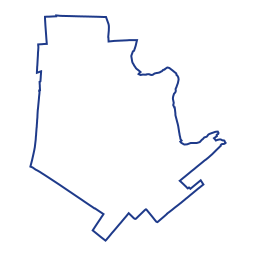 the district of Cernica, Ilfov, Romania
{"feature_id": "2599482B74723640056211", "entity_name": "Cernica", "entity_type": "district", "adm_level": 2, "iso_a3": "ROU", "parent_name": "Romania", "parent_adm1": "Ilfov", "projection": "orthographic", "projection_center": [26.299, 44.376], "detail": "fine", "context": "isolated", "style": "outline", "palette": "blue", "viewbox_px": 256, "rotation_deg": 0, "n_neighbors": 0, "source": "geoboundaries", "source_scale": "gbopen_adm2", "svg_char_len": 5460}
<svg xmlns="http://www.w3.org/2000/svg" viewBox="0 0 256 256"><path d="M225.1,143.3L225.3,143.2L225.6,142.9L225.0,142.1L224.5,140.9L224.3,140.6L223.8,140.4L222.6,140.4L222.2,140.2L221.8,140.0L220.8,139.5L219.8,139.4L218.8,139.6L217.8,139.8L216.8,140.1L215.9,140.5L215.7,140.2L214.0,138.2L214.6,137.8L216.9,136.1L216.6,135.1L217.2,134.4L218.2,133.9L218.5,133.0L217.8,131.6L216.3,131.7L215.1,131.9L213.2,132.6L211.7,133.1L209.8,133.8L208.6,134.4L208.0,135.0L207.6,135.6L206.9,136.5L206.4,136.8L205.8,137.0L204.4,137.4L204.1,137.6L203.7,138.1L203.0,138.9L202.3,139.5L201.9,139.7L201.2,140.5L200.2,141.6L199.7,142.1L197.8,142.7L196.7,143.0L195.6,143.0L192.3,143.0L190.8,143.0L190.7,143.0L187.2,144.3L186.2,144.4L184.9,144.5L184.4,144.5L183.8,144.3L183.6,144.2L182.5,143.5L181.4,142.9L180.7,142.2L180.3,141.6L181.6,140.6L180.4,138.9L180.3,138.0L180.1,137.0L179.9,136.1L179.7,135.4L179.4,133.4L179.2,132.5L178.9,130.5L178.5,128.0L178.2,126.1L177.7,123.9L177.1,121.7L176.4,118.9L175.5,115.5L175.4,114.7L175.4,113.5L175.2,111.7L174.9,109.0L174.7,107.6L174.4,107.7L173.2,105.0L173.5,104.2L173.6,103.4L173.7,103.0L173.7,102.6L173.3,100.8L173.2,100.1L173.0,99.5L172.9,98.2L173.1,96.8L173.5,95.3L173.7,94.8L174.0,93.8L174.2,93.6L174.6,93.1L175.2,92.5L175.4,92.1L175.6,91.6L175.8,90.8L175.7,90.2L175.6,89.3L175.7,88.6L176.3,87.5L177.3,84.6L177.8,83.4L178.4,80.6L178.6,79.3L178.3,77.5L177.8,76.4L177.1,75.4L176.9,75.2L176.6,75.1L176.3,74.0L176.2,73.4L174.3,71.9L172.5,70.4L170.9,69.2L169.5,68.1L169.0,67.9L168.3,67.7L167.5,67.5L167.3,67.5L166.7,67.9L165.0,69.0L164.9,69.3L164.0,69.8L163.7,69.8L163.4,69.8L163.1,70.0L162.7,70.3L162.6,70.5L162.4,70.8L161.9,71.2L161.0,71.6L160.4,71.9L160.4,72.0L159.9,72.3L159.5,72.5L158.9,72.6L157.7,72.9L156.5,73.0L155.9,73.2L154.9,73.4L154.4,73.6L153.7,74.1L152.9,74.7L152.2,74.9L151.7,75.0L151.2,74.9L150.6,74.8L150.4,74.8L150.1,74.7L149.8,74.4L149.5,74.3L148.9,74.2L148.1,74.2L147.1,74.3L146.4,74.4L146.1,74.7L145.1,74.7L143.8,74.6L143.2,74.6L142.5,74.6L142.1,74.7L141.0,74.9L140.7,75.0L139.9,74.7L139.3,74.5L138.8,74.1L138.6,74.0L139.3,73.2L140.1,72.3L140.5,72.0L140.4,71.9L138.0,69.9L136.9,69.1L136.0,68.3L135.6,67.6L134.0,65.3L133.7,64.5L133.4,64.1L132.7,63.0L132.4,62.3L132.2,61.5L132.1,61.1L131.9,59.8L131.3,56.2L131.3,55.9L131.7,54.7L132.9,51.4L133.2,51.2L133.8,50.9L134.1,50.7L134.4,49.6L134.9,48.1L135.0,48.0L135.0,47.8L135.6,46.0L135.8,45.2L135.9,44.8L136.4,42.6L137.0,40.1L129.7,40.1L127.2,40.3L114.4,40.9L108.6,41.5L108.4,37.6L108.2,37.2L108.8,30.7L108.9,27.1L108.8,25.4L108.5,24.0L106.0,17.0L103.8,17.0L98.6,16.8L86.4,16.5L81.2,16.4L77.4,16.3L70.5,16.1L61.9,15.9L59.9,15.8L56.2,15.4L56.2,15.5L56.2,16.0L56.2,16.3L52.0,16.5L48.4,16.7L48.0,16.7L47.2,16.7L46.4,16.7L45.0,16.8L45.0,18.1L45.0,18.4L45.3,23.6L45.4,25.3L45.8,30.8L46.1,34.9L46.4,39.1L46.8,43.9L44.0,44.0L41.9,44.2L38.2,44.4L38.2,45.5L38.4,47.0L38.2,50.4L38.0,52.5L37.9,55.5L37.6,60.4L37.3,65.8L37.2,66.5L37.1,68.8L36.9,72.2L36.9,72.8L38.6,72.2L40.4,71.5L41.1,71.3L41.1,71.6L41.1,71.9L41.0,72.8L40.9,74.7L40.8,75.6L40.7,77.8L40.5,80.5L40.4,81.4L40.0,81.8L39.6,81.9L39.7,84.2L39.8,85.3L39.8,86.6L40.0,90.2L39.2,90.4L39.2,90.7L39.6,90.6L39.6,90.8L39.4,93.7L39.0,97.4L39.0,97.8L38.6,102.0L38.2,106.2L38.2,106.3L37.9,109.4L37.8,109.6L37.5,114.4L37.4,117.2L37.4,117.4L37.1,120.5L37.1,121.4L36.8,125.3L36.7,127.4L36.6,127.6L36.3,131.6L36.1,134.1L36.1,134.9L35.9,136.5L35.7,139.7L35.4,142.2L34.8,147.3L34.2,150.5L33.6,153.3L33.2,155.1L32.1,160.0L31.4,162.7L30.5,166.2L30.4,166.6L32.5,167.4L35.6,169.6L37.4,170.5L40.0,172.0L41.2,172.8L42.9,173.9L43.1,174.0L48.5,177.5L55.5,182.1L59.3,184.6L62.1,186.5L64.9,188.4L69.2,191.3L71.3,192.7L75.7,195.7L82.1,200.0L84.4,201.6L87.8,203.9L90.0,205.4L92.6,207.1L94.4,208.4L94.8,208.3L103.5,214.1L102.6,215.5L101.4,217.2L100.2,219.1L98.9,221.0L96.9,224.0L96.3,224.9L95.9,225.5L92.7,230.4L101.1,237.2L105.5,240.6L106.0,240.1L106.4,239.7L107.4,238.5L107.7,238.1L108.2,237.6L109.1,236.5L110.5,234.8L111.6,233.4L113.9,230.8L116.1,228.2L119.3,224.4L120.8,222.7L122.6,220.5L123.8,219.1L124.0,218.9L124.1,218.7L124.4,218.4L124.7,218.0L124.9,217.8L125.6,217.0L127.0,215.3L128.7,213.2L131.7,216.1L133.5,217.9L134.5,218.7L135.0,218.8L135.4,218.9L135.8,218.8L136.1,218.5L136.7,218.0L137.0,217.7L137.3,217.4L137.5,217.2L137.8,216.9L138.0,216.7L138.4,216.3L140.3,214.5L141.4,213.4L142.4,212.5L142.7,212.1L143.1,211.8L143.4,211.5L143.8,211.1L144.1,210.8L144.3,210.6L144.7,210.2L145.4,209.7L145.7,209.4L145.9,209.4L146.2,209.4L146.6,209.8L149.0,212.7L152.2,216.6L154.8,219.9L156.3,221.7L157.1,222.0L157.3,222.1L157.5,222.1L160.3,219.7L164.3,216.3L167.0,213.9L167.0,213.7L167.8,213.1L168.7,212.4L169.3,212.0L170.3,211.2L172.0,209.9L174.8,207.6L177.3,205.7L178.2,205.0L178.6,204.7L179.2,204.2L179.6,203.9L180.2,203.4L180.5,203.2L180.9,202.9L182.8,201.3L184.9,199.6L185.9,198.7L187.1,197.8L188.9,196.3L190.3,195.1L192.3,193.5L194.2,191.9L195.9,190.5L197.7,189.0L199.6,187.5L203.4,184.5L200.7,180.3L190.4,188.8L189.3,187.6L189.0,187.5L188.8,187.7L187.8,188.4L187.7,188.3L187.2,187.9L186.0,186.6L184.9,185.6L184.0,184.7L182.4,183.2L180.7,181.6L180.1,181.1L179.8,180.8L180.1,180.6L181.2,179.6L182.1,178.9L183.4,177.8L184.8,176.7L189.9,172.5L191.2,171.4L194.0,169.2L196.5,167.1L199.2,164.9L201.8,162.8L203.6,161.3L204.8,160.3L205.5,159.9L208.0,157.9L211.4,154.9L212.0,154.4L216.5,149.9L219.7,146.8L220.5,146.0L220.7,145.9L220.8,145.0L221.1,144.7L221.5,144.3L221.9,144.1L224.0,143.9L224.7,143.6L225.1,143.3Z" fill="none" stroke="#1e3a8a" stroke-width="2"/></svg>